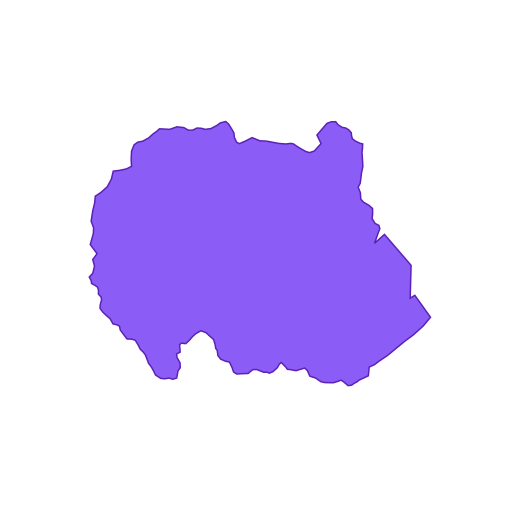 the district of Kuala Pilah, Negeri Sembilan, Malaysia, rotated 318°
{"feature_id": "92858781B70284069917848", "entity_name": "Kuala Pilah", "entity_type": "district", "adm_level": 2, "iso_a3": "MYS", "parent_name": "Malaysia", "parent_adm1": "Negeri Sembilan", "projection": "mercator", "projection_center": [102.206, 2.725], "detail": "fine", "context": "isolated", "style": "filled", "palette": "violet", "viewbox_px": 512, "rotation_deg": 318, "n_neighbors": 0, "source": "geoboundaries", "source_scale": "gbopen_adm2", "svg_char_len": 2598}
<svg xmlns="http://www.w3.org/2000/svg" viewBox="0 0 512 512"><g transform="rotate(318 256 256)"><path d="M118.0,160.1L117.0,164.1L115.4,166.4L116.7,170.0L117.4,173.3L115.7,176.5L113.4,178.8L113.4,183.1L111.8,185.3L107.6,188.0L105.0,190.6L104.6,195.5L105.0,200.4L105.6,204.9L104.3,210.8L106.6,214.1L107.6,216.7L105.6,220.2L104.6,231.3L108.2,234.9L109.9,237.9L108.9,243.1L107.6,248.0L107.9,251.6L107.6,255.5L104.3,264.0L104.0,268.2L103.0,272.8L101.7,277.3L103.3,283.2L105.9,286.1L106.0,286.2L109.5,288.4L111.8,292.0L115.4,293.6L121.3,289.1L124.9,288.4L128.1,284.5L129.4,278.6L131.4,275.7L135.3,276.7L139.9,270.8L142.2,270.8L145.1,274.1L149.3,274.1L155.2,273.4L159.1,273.4L165.0,274.7L167.6,279.6L167.9,283.5L168.6,289.7L166.3,294.6L164.3,297.6L164.0,300.2L161.1,304.4L160.7,309.0L163.0,313.9L165.3,317.1L163.4,323.3L161.7,327.2L162.7,330.8L166.0,333.4L171.5,338.0L177.7,338.3L180.6,340.9L183.9,347.5L186.5,349.8L187.5,352.0L191.1,353.3L197.0,353.3L200.9,352.0L203.5,352.0L203.8,358.9L203.5,361.2L205.8,363.8L209.0,368.0L213.3,370.0L217.2,371.9L217.5,375.5L215.6,381.4L218.5,386.3L219.1,388.6L220.1,392.8L222.4,396.1L228.6,401.9L232.8,403.9L236.1,405.2L236.8,407.5L237.6,413.2L237.7,414.0L240.7,416.0L243.9,416.3L246.2,417.0L249.8,417.3L259.3,420.2L265.8,414.3L271.3,416.0L277.9,416.6L287.0,417.9L309.8,418.9L319.9,419.9L327.4,419.9L333.3,419.9L344.7,418.3L347.7,391.5L342.4,390.5L365.0,366.7L365.9,325.9L352.6,325.9L363.2,320.1L366.3,318.6L367.8,315.5L366.3,311.5L367.3,305.9L370.8,302.8L374.4,298.7L373.9,294.1L371.9,288.0L371.9,283.9L375.9,278.8L378.0,273.2L382.1,271.7L385.6,268.7L389.7,265.1L395.3,261.0L399.4,255.9L404.1,249.9L406.7,247.7L410.3,244.1L408.7,241.8L406.7,236.9L406.1,233.3L407.4,230.7L409.3,228.1L409.3,224.2L408.3,220.9L406.1,218.0L404.8,213.4L405.1,209.5L401.5,206.5L397.6,204.9L382.2,206.9L379.6,216.0L369.5,217.0L365.0,215.0L363.0,211.8L361.4,207.2L360.1,203.0L358.8,197.7L357.1,195.5L353.2,192.8L348.0,187.3L340.8,177.8L335.9,172.9L332.3,165.4L323.9,163.2L323.2,162.8L319.0,161.5L317.7,158.6L319.3,153.4L321.9,149.8L322.9,145.5L323.9,139.7L323.5,135.8L318.6,133.2L314.4,132.8L307.9,131.2L303.0,127.9L301.0,124.7L297.8,121.4L293.2,120.1L289.9,117.2L288.3,112.3L283.7,107.1L276.6,104.1L269.4,96.9L265.3,96.9L261.3,96.4L255.1,96.4L248.5,94.8L244.4,92.3L239.9,91.8L233.7,94.8L228.1,100.4L223.5,106.1L217.9,104.5L211.8,101.0L206.7,97.4L200.1,102.0L191.9,105.0L183.3,105.0L176.6,104.0L171.6,108.6L164.9,113.2L156.8,119.8L154.2,126.4L150.1,130.5L140.5,136.6L139.4,147.9L132.3,149.4L129.2,155.5L123.1,159.6L118.0,160.1Z" fill="#8b5cf6" stroke="#5b21b6" stroke-width="1.5"/></g></svg>